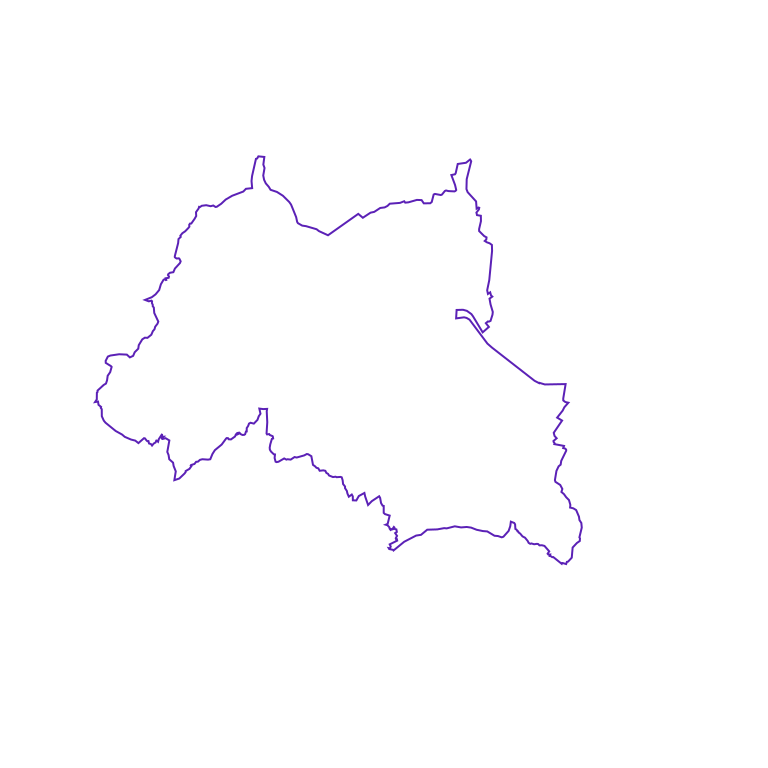 the district of Pucioasa, Dâmbovita, Romania, rotated 134°
{"feature_id": "2599482B55662531214535", "entity_name": "Pucioasa", "entity_type": "district", "adm_level": 2, "iso_a3": "ROU", "parent_name": "Romania", "parent_adm1": "Dâmbovita", "projection": "equal_earth", "projection_center": [25.458, 45.082], "detail": "fine", "context": "isolated", "style": "outline", "palette": "violet", "viewbox_px": 768, "rotation_deg": 134, "n_neighbors": 0, "source": "geoboundaries", "source_scale": "gbopen_adm2", "svg_char_len": 6166}
<svg xmlns="http://www.w3.org/2000/svg" viewBox="0 0 768 768"><g transform="rotate(134 384 384)"><path d="M597.7,579.3L595.3,577.5L597.3,574.9L597.0,571.6L597.9,571.2L598.2,569.5L603.2,564.6L605.0,560.1L605.3,557.5L604.2,544.4L602.3,537.3L602.1,533.8L599.7,527.4L597.5,523.6L597.1,519.6L589.7,519.0L589.2,518.3L589.6,515.2L589.4,514.3L588.7,513.8L590.0,511.7L589.1,509.9L589.4,508.1L586.8,508.3L584.7,507.7L582.9,508.5L582.6,508.3L582.5,506.4L580.1,507.7L574.8,508.7L574.7,508.4L576.1,507.2L575.0,506.0L577.3,506.3L577.6,505.8L577.4,505.1L574.7,503.5L573.7,499.2L583.4,492.7L584.7,489.7L587.3,486.2L587.1,481.1L589.1,478.4L591.5,473.1L598.8,468.0L594.2,465.6L587.0,465.3L585.2,465.5L584.4,466.2L580.2,465.0L576.8,465.5L576.8,466.4L576.3,466.5L573.2,464.8L570.5,465.1L569.1,463.9L566.4,463.7L564.3,462.4L560.6,458.0L558.8,456.7L553.5,458.8L549.1,459.7L540.3,458.7L532.8,459.7L532.0,459.5L531.3,458.4L531.7,457.4L530.2,455.6L525.2,454.7L523.3,455.5L521.2,455.5L520.2,454.8L521.4,454.2L519.5,453.5L519.6,452.2L519.0,450.5L517.8,449.3L516.6,449.0L514.1,450.3L513.5,449.8L511.1,452.1L508.5,452.6L506.3,453.6L504.6,453.1L502.9,450.1L497.7,450.1L494.2,451.7L491.2,452.2L488.3,456.6L485.9,453.4L483.1,450.8L485.1,449.4L492.6,441.4L501.2,434.1L501.5,433.1L499.8,431.8L500.0,430.7L498.9,427.9L499.2,427.2L500.2,425.9L501.4,426.5L506.4,423.9L509.2,422.0L510.5,420.5L511.1,418.4L511.1,414.5L510.4,413.5L513.2,411.3L515.2,408.0L514.8,407.0L513.2,405.9L506.9,404.1L506.2,401.7L505.1,401.1L503.2,398.6L498.7,397.6L497.5,395.7L490.8,391.8L488.0,390.9L487.2,389.7L486.4,386.1L491.5,378.9L491.1,376.5L491.2,374.4L490.3,372.7L491.1,370.0L488.3,367.7L487.2,365.9L488.0,363.7L487.5,361.8L488.0,360.0L486.4,356.1L484.3,354.4L483.9,353.3L481.0,350.7L480.5,349.6L481.9,347.0L484.4,343.9L484.8,340.8L486.0,339.7L486.7,336.5L488.2,334.2L489.5,331.0L485.9,330.4L486.5,328.4L489.3,325.6L487.0,323.0L482.1,324.3L476.0,322.4L478.0,319.4L482.1,311.4L476.8,311.4L468.1,309.5L468.6,307.7L471.7,303.4L472.5,300.5L471.9,299.5L476.9,294.7L476.9,292.9L474.7,288.5L482.1,284.2L484.0,285.0L483.2,283.4L483.3,280.8L484.2,279.3L484.4,277.8L484.0,277.7L483.7,278.8L482.9,277.1L482.0,276.6L481.6,277.3L480.0,277.6L480.0,276.8L480.9,275.7L480.0,274.1L481.5,272.0L483.5,272.4L484.2,269.1L486.8,268.4L487.3,267.4L486.7,266.9L487.5,265.7L495.4,268.5L496.2,266.3L498.1,265.5L498.8,266.6L499.1,265.6L496.9,262.1L497.1,261.5L483.5,259.9L470.7,255.6L466.8,252.6L458.8,251.7L451.6,244.7L445.9,240.6L444.3,238.6L437.2,234.2L433.6,228.9L429.4,225.2L426.8,221.6L424.5,216.1L421.1,210.7L418.3,207.3L416.4,199.1L414.2,196.4L412.5,192.8L410.9,192.0L403.1,192.3L398.6,194.4L394.9,197.1L393.5,193.8L393.9,192.2L397.0,188.8L396.7,187.4L397.2,185.6L396.8,185.1L397.3,184.0L397.0,182.1L397.4,178.5L396.6,175.8L397.1,171.6L397.8,169.6L397.4,167.8L396.3,167.2L395.0,164.7L392.7,162.9L392.0,161.8L392.1,160.1L390.3,158.4L389.0,156.1L389.6,148.9L392.4,148.4L392.5,147.2L391.2,146.0L392.6,145.3L392.0,144.5L391.7,142.7L390.9,142.0L389.9,131.2L389.0,131.5L388.6,131.0L387.0,127.9L384.9,128.9L383.9,128.2L378.5,128.3L370.6,134.7L364.4,134.8L360.9,134.1L358.9,135.8L358.6,136.9L349.9,142.0L346.9,145.5L346.1,148.9L344.0,151.6L341.2,158.2L341.9,161.4L343.6,164.3L341.5,166.0L339.0,170.3L338.9,174.3L338.2,178.1L338.4,181.4L335.6,182.8L334.2,187.1L335.3,192.7L334.4,194.3L326.7,199.6L321.9,201.2L319.3,200.9L316.2,203.1L305.4,206.6L304.6,207.5L304.7,209.0L305.6,210.6L303.5,211.5L308.9,219.7L308.1,220.1L307.9,221.6L307.3,222.5L303.1,222.1L302.9,225.2L301.2,228.0L286.6,230.5L287.9,236.1L279.0,237.0L275.5,238.1L269.4,238.4L271.0,241.0L271.3,243.6L269.9,245.0L257.9,253.3L272.6,268.0L275.2,273.0L275.6,272.9L277.1,277.9L282.8,331.6L283.1,337.7L278.3,367.2L279.1,370.5L280.4,372.7L286.7,377.7L280.3,383.2L275.7,378.7L273.8,375.2L273.0,369.7L273.5,366.9L278.3,348.9L270.1,348.2L269.5,353.0L266.8,352.7L266.3,351.9L264.6,351.2L258.8,354.1L256.6,355.8L252.7,362.7L249.3,367.4L245.9,366.8L245.9,368.6L244.3,371.3L247.0,371.8L244.9,374.9L236.2,380.4L213.2,398.7L209.0,403.0L209.4,405.8L210.6,408.4L211.1,410.9L209.0,410.8L207.3,412.1L208.0,414.7L207.9,421.8L206.5,423.2L199.5,427.4L195.7,431.2L197.9,434.4L196.5,436.6L192.5,437.0L191.1,437.9L191.5,438.7L193.5,439.2L188.7,444.6L187.9,457.1L186.5,460.1L179.2,466.8L163.2,476.0L162.8,477.4L162.7,478.0L167.9,478.7L174.5,483.8L182.5,478.9L183.8,478.6L186.9,480.7L191.5,471.1L194.3,466.8L195.5,466.7L196.5,467.1L200.5,471.7L201.7,473.8L202.9,474.3L207.5,473.9L208.6,474.4L211.9,479.4L213.2,479.9L219.9,476.1L221.9,476.3L226.4,480.9L225.6,484.7L228.7,488.2L236.3,492.6L238.8,494.7L238.5,496.4L242.6,498.3L250.3,505.1L253.5,505.2L256.5,506.2L260.0,509.0L267.0,510.6L270.1,512.7L279.1,514.7L279.5,520.7L315.9,527.6L319.2,537.0L319.5,540.0L324.6,549.7L326.9,552.9L328.1,557.6L327.7,559.1L325.0,563.1L321.2,571.6L319.5,575.5L318.9,578.6L318.8,587.5L320.2,594.4L323.1,600.5L322.2,603.9L321.8,608.4L320.4,612.1L317.9,615.7L311.6,620.0L310.0,623.2L303.8,627.8L307.5,632.5L309.9,631.9L311.0,632.5L326.0,623.4L330.0,620.3L334.7,614.9L339.5,618.9L343.3,618.9L354.1,624.0L361.3,626.0L367.4,626.3L372.7,627.4L373.7,628.2L374.2,630.8L376.5,632.2L378.9,636.1L382.4,638.9L384.5,639.3L385.0,640.1L386.4,639.3L391.0,638.6L393.6,635.8L396.7,635.0L402.4,634.1L403.4,635.0L404.8,634.7L406.0,633.3L407.6,633.1L412.3,633.1L415.6,633.8L418.8,633.5L419.4,632.4L422.5,632.5L425.6,630.0L437.5,623.2L438.1,622.5L438.0,621.2L437.7,620.2L436.1,618.9L436.1,618.0L437.0,615.5L438.7,614.8L446.2,614.6L449.9,613.2L452.6,615.2L454.8,615.5L455.7,615.1L456.0,613.4L457.2,612.7L459.6,614.5L460.4,612.9L460.8,613.1L460.9,614.5L462.1,615.0L467.2,613.8L472.6,611.0L478.2,610.6L482.8,611.3L489.5,614.3L487.9,610.6L485.6,609.2L485.6,608.3L487.0,607.2L487.7,605.3L488.7,604.4L488.9,602.7L492.5,598.6L495.9,589.7L498.0,588.8L501.7,588.4L504.1,587.1L506.5,587.0L510.2,585.6L515.1,586.2L516.8,588.2L519.8,588.9L526.4,587.4L529.3,585.3L534.3,585.4L538.0,584.0L541.4,585.3L541.5,589.4L546.6,595.2L553.6,600.6L556.1,601.7L560.7,600.3L562.1,598.8L560.8,592.8L560.9,591.8L565.7,589.2L570.0,588.5L573.7,585.8L576.8,584.3L579.5,585.0L587.7,585.5L588.8,584.5L589.7,584.5L594.6,579.9L597.7,579.3Z" fill="none" stroke="#5b21b6" stroke-width="2"/></g></svg>